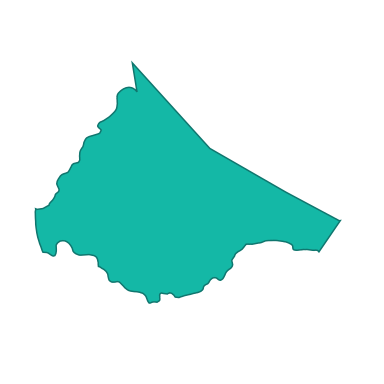 Choucomel, Micoud, Saint Lucia, rotated 190°
{"feature_id": "8701671B85920169217386", "entity_name": "Choucomel", "entity_type": "district", "adm_level": 2, "iso_a3": "LCA", "parent_name": "Saint Lucia", "parent_adm1": "Micoud", "projection": "natural_earth1", "projection_center": [-60.959, 13.833], "detail": "fine", "context": "isolated", "style": "filled", "palette": "teal", "viewbox_px": 384, "rotation_deg": 190, "n_neighbors": 0, "source": "geoboundaries", "source_scale": "gbopen_adm2", "svg_char_len": 5932}
<svg xmlns="http://www.w3.org/2000/svg" viewBox="0 0 384 384"><g transform="rotate(190 192 192)"><path d="M273.2,308.8L263.5,281.0L263.9,281.4L264.4,281.9L264.9,282.1L266.1,283.1L266.3,283.1L268.2,283.9L268.6,283.9L268.8,284.0L269.1,284.0L269.3,284.2L271.5,284.2L272.4,284.1L274.4,283.4L275.7,282.8L276.0,282.5L277.0,281.9L278.4,280.7L279.9,279.1L281.3,277.1L281.8,276.3L282.2,275.2L282.3,274.6L282.4,272.9L282.2,272.6L282.1,271.2L281.5,269.1L281.5,268.7L281.3,267.9L281.2,267.4L281.1,267.1L281.1,266.9L280.9,266.5L280.9,266.3L280.9,266.0L280.8,264.6L280.8,264.3L280.7,262.5L280.8,261.2L280.8,260.9L281.3,259.4L282.1,257.7L283.0,256.4L283.3,255.9L285.8,252.5L287.0,251.1L290.3,248.0L290.8,247.4L291.4,247.0L293.3,245.6L294.4,245.0L294.7,244.6L294.9,244.5L295.2,244.1L295.4,243.5L295.6,243.4L295.8,243.0L296.1,242.0L296.2,241.6L296.3,241.3L296.3,240.6L296.2,240.3L296.0,240.0L295.7,239.8L295.3,239.3L294.9,239.1L294.6,238.8L294.1,238.6L293.5,238.2L292.7,237.7L292.2,237.2L292.3,236.6L292.4,236.2L292.6,235.5L292.9,234.4L293.1,234.0L293.8,233.3L294.0,233.3L294.9,232.7L297.3,231.5L298.0,231.1L298.3,231.0L299.6,230.3L300.5,229.9L302.9,228.7L304.5,227.5L305.1,227.0L305.6,226.3L305.7,226.1L305.8,225.9L306.2,225.0L306.4,224.2L306.7,223.3L306.9,222.5L307.1,221.3L307.0,220.7L307.1,219.4L307.2,218.7L307.2,218.2L307.5,217.1L308.0,216.3L308.8,214.2L309.0,213.7L309.2,212.6L309.3,211.6L309.2,210.2L309.1,209.5L309.0,208.3L308.9,207.9L308.8,207.1L308.6,206.6L308.5,205.9L308.2,204.7L308.1,204.0L308.5,202.4L308.8,201.8L309.0,201.7L309.1,201.3L309.6,201.1L309.9,201.0L310.1,200.8L310.4,200.8L310.7,200.6L311.7,200.2L312.3,199.8L312.7,199.8L313.6,199.3L314.7,198.1L314.8,197.6L315.0,197.4L315.4,195.7L315.6,195.3L316.4,192.6L317.3,190.4L317.6,190.0L317.9,189.6L318.8,189.1L319.2,188.8L319.4,188.7L319.8,188.5L320.2,188.2L320.4,188.2L320.8,188.0L321.2,187.7L321.4,187.7L321.6,187.5L322.0,187.3L322.9,186.7L323.8,185.7L324.1,185.2L324.3,185.1L324.8,184.0L325.0,183.5L325.7,182.0L326.6,179.2L326.6,176.5L326.2,175.9L326.1,175.6L325.6,174.9L325.2,174.2L324.6,173.4L323.6,171.9L323.4,171.5L323.3,170.9L323.3,170.0L323.5,169.2L323.8,168.8L325.0,167.4L325.9,166.3L326.2,165.3L326.2,164.7L326.3,163.8L326.7,162.5L327.0,161.8L327.2,161.2L328.0,159.5L328.3,159.2L328.4,158.9L328.6,158.7L328.8,158.3L329.0,158.2L329.1,157.9L329.9,156.8L330.0,156.4L330.1,156.2L330.5,155.3L330.5,154.1L331.6,153.3L335.8,149.9L337.2,149.4L341.5,148.0L343.0,148.3L342.9,148.1L342.9,145.2L342.6,143.9L341.7,139.4L340.8,135.7L340.3,133.1L339.4,130.0L337.7,124.8L336.0,120.6L333.6,115.9L333.1,114.8L331.3,111.9L329.3,108.2L328.3,106.8L324.7,107.2L322.8,106.9L322.3,106.6L319.2,105.2L318.0,104.9L317.3,104.9L316.0,105.6L315.4,107.7L315.4,110.2L315.7,112.1L316.5,115.6L316.5,116.4L315.6,118.5L313.5,120.7L310.9,121.6L308.5,121.8L306.5,121.2L304.4,120.2L302.2,118.3L300.3,116.0L298.8,113.0L297.5,111.9L295.6,111.0L293.7,110.6L292.2,110.3L290.6,110.5L282.6,112.5L281.3,112.5L277.7,112.4L276.8,112.2L275.5,111.6L274.6,111.1L274.2,110.4L273.7,109.9L273.1,108.7L272.4,106.9L272.1,106.3L271.8,104.5L271.2,102.4L270.5,102.4L269.4,102.1L267.3,101.1L265.4,100.5L263.1,99.1L262.1,98.2L260.9,96.8L260.4,95.7L260.0,94.4L259.0,92.0L258.2,90.7L257.5,90.2L255.9,89.5L255.0,89.4L252.3,89.9L250.1,90.8L248.1,90.8L247.2,90.3L243.0,87.3L241.6,86.1L239.0,84.7L237.5,84.1L235.3,83.8L231.5,83.9L229.2,84.2L226.0,84.2L224.7,83.9L223.3,83.8L222.4,83.5L220.6,82.4L219.2,81.2L216.8,77.2L216.1,76.3L214.9,75.2L213.7,75.5L212.3,76.5L211.0,77.0L209.5,77.3L207.3,77.4L205.4,79.1L205.0,80.0L205.1,81.1L205.5,82.5L205.7,84.1L206.0,84.7L206.0,85.3L205.7,86.3L204.7,87.2L202.5,87.1L198.5,87.3L197.9,88.0L196.9,88.4L196.5,88.9L194.2,88.6L191.7,87.1L190.6,85.8L190.1,85.6L186.5,85.8L185.9,86.2L185.5,86.4L184.7,87.0L184.2,87.1L181.3,88.7L178.0,90.1L177.4,90.4L177.2,90.4L176.9,90.5L176.5,90.8L176.2,90.8L172.9,92.4L171.4,93.0L170.8,93.2L169.9,93.7L169.6,93.7L169.4,93.9L169.1,93.9L168.0,94.5L166.6,95.4L166.2,95.7L166.0,95.9L165.8,96.0L165.6,96.3L165.4,96.6L164.9,97.1L164.6,97.6L164.4,97.9L164.3,98.5L164.2,99.1L164.2,99.8L164.2,100.3L163.9,101.3L163.6,101.8L162.6,103.0L160.7,104.3L160.4,104.7L159.8,105.7L159.6,106.2L159.5,106.8L158.6,108.8L157.9,109.6L157.5,110.1L157.0,110.6L156.5,111.0L156.0,111.2L155.1,111.5L154.5,111.6L153.2,111.6L152.8,111.5L150.7,110.3L149.4,110.0L148.7,110.0L147.7,110.7L146.8,111.7L146.5,112.1L146.3,112.7L145.9,113.7L145.8,113.9L145.7,114.3L145.3,115.8L145.1,116.2L145.1,116.7L144.9,117.5L144.6,118.5L143.9,119.9L143.0,121.2L142.2,122.0L142.1,122.3L141.3,122.9L140.6,123.7L140.2,124.3L139.7,125.3L139.4,126.3L139.4,127.8L139.7,128.3L139.8,128.7L140.3,129.9L140.8,130.9L140.9,131.1L140.9,131.5L140.7,132.4L140.3,133.4L140.0,134.0L139.0,136.2L138.9,136.8L138.9,137.3L138.8,137.5L138.5,138.5L137.3,140.2L137.0,140.3L136.9,140.5L136.4,141.2L136.1,141.3L136.0,141.5L135.5,141.8L134.7,142.5L134.3,142.8L132.7,144.4L132.0,145.6L131.6,146.3L131.3,146.8L131.2,147.0L131.1,147.3L130.8,147.9L130.2,148.9L129.8,149.8L129.6,149.8L129.3,149.9L129.2,150.1L128.5,150.2L127.9,150.4L127.4,150.4L127.2,150.5L126.6,150.5L126.0,150.7L125.3,150.8L125.0,150.9L124.6,150.9L123.8,151.0L122.2,151.6L121.4,151.9L117.5,153.4L117.0,153.5L116.8,153.6L116.6,153.6L115.1,154.2L111.1,156.7L108.2,157.5L107.5,157.6L106.2,157.9L105.5,158.0L105.3,158.1L104.9,158.1L104.5,158.2L103.2,158.5L102.9,158.5L102.5,158.6L101.3,158.8L99.7,159.0L93.7,159.2L92.7,159.1L91.0,159.2L88.8,158.8L87.5,158.5L85.5,157.8L85.1,157.8L84.1,157.0L83.5,156.4L83.1,154.9L82.9,154.4L82.8,153.9L82.5,153.3L81.7,152.8L81.3,152.7L79.9,152.7L79.6,152.8L79.0,152.8L78.0,153.0L77.6,153.1L77.3,153.2L77.1,153.3L76.7,153.4L75.4,153.8L74.7,154.0L74.4,154.1L73.7,154.2L73.6,154.4L73.0,154.5L72.4,154.7L69.8,155.1L69.3,155.3L68.3,155.4L62.8,155.6L62.2,155.7L62.0,155.8L61.5,155.8L60.7,156.1L60.1,156.2L58.9,156.3L58.0,156.2L56.6,155.1L41.0,189.6L42.0,189.3L99.7,208.2L182.0,238.0L273.2,308.8Z" fill="#14b8a6" stroke="#0f766e" stroke-width="1.5"/></g></svg>